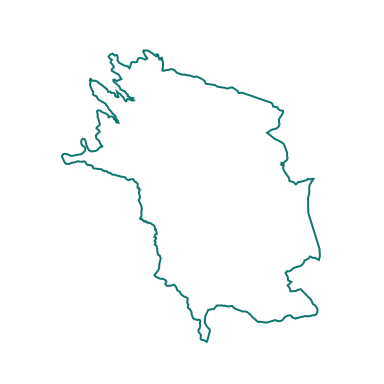 Kwahu East, Eastern, Ghana, rotated 260°
{"feature_id": "2480657B54162505201867", "entity_name": "Kwahu East", "entity_type": "district", "adm_level": 2, "iso_a3": "GHA", "parent_name": "Ghana", "parent_adm1": "Eastern", "projection": "mercator", "projection_center": [-0.802, 6.73], "detail": "fine", "context": "isolated", "style": "outline", "palette": "teal", "viewbox_px": 384, "rotation_deg": 260, "n_neighbors": 0, "source": "geoboundaries", "source_scale": "gbopen_adm2", "svg_char_len": 6030}
<svg xmlns="http://www.w3.org/2000/svg" viewBox="0 0 384 384"><g transform="rotate(260 192 192)"><path d="M106.7,306.8L113.7,307.7L151.3,302.9L166.0,305.2L170.2,307.2L176.8,308.4L178.6,309.2L183.8,313.9L184.2,312.4L183.8,310.4L184.9,308.3L183.9,307.2L183.7,306.2L183.2,300.9L183.3,298.4L181.8,296.3L181.5,295.4L184.1,293.8L185.9,289.9L188.8,290.0L196.8,286.4L200.0,285.8L202.5,287.0L202.9,286.6L202.9,285.2L203.5,284.6L205.3,285.3L204.9,286.2L204.0,286.3L204.1,286.8L205.6,288.3L207.1,291.0L208.3,291.9L212.6,292.0L213.6,292.6L223.4,290.7L225.9,288.3L229.8,282.9L237.3,276.2L238.6,279.6L239.4,280.6L239.8,286.1L241.4,288.7L243.5,290.0L246.1,289.9L248.5,290.3L254.1,295.3L256.0,295.7L257.3,292.8L258.6,291.4L260.6,290.9L262.0,286.8L264.8,286.5L266.2,285.4L281.1,258.6L281.4,255.1L283.6,254.4L288.0,249.9L288.1,247.4L287.7,244.7L288.8,242.7L291.4,235.1L293.3,233.3L296.1,224.7L296.9,224.2L298.7,223.9L301.0,222.1L304.6,217.2L305.0,216.5L304.9,213.9L307.6,209.2L307.5,208.0L308.4,207.0L308.5,205.6L309.1,204.8L309.1,203.2L310.3,200.7L312.2,197.7L314.8,196.0L316.2,194.1L316.7,192.5L316.4,190.5L316.4,184.4L317.1,184.0L321.5,185.4L323.7,185.7L326.0,185.8L327.1,185.4L328.1,185.8L329.5,185.5L329.2,184.6L328.1,183.8L328.3,182.8L329.7,182.9L330.8,182.3L331.9,182.6L333.2,182.4L333.4,182.0L332.7,182.0L333.3,180.9L332.1,180.6L331.9,180.1L335.1,177.4L338.9,173.2L339.8,169.1L339.0,168.3L334.3,169.6L331.7,171.1L331.1,170.9L330.6,168.9L333.0,164.9L333.0,162.8L332.1,161.7L329.6,160.4L329.6,159.0L330.3,156.0L329.8,154.6L329.1,154.1L325.7,152.8L324.7,151.9L326.8,150.6L328.4,147.1L332.0,142.6L334.3,141.6L337.9,142.2L339.3,142.1L339.9,141.7L340.2,141.1L339.7,139.6L342.1,137.8L341.4,135.1L339.7,133.3L337.5,134.4L336.2,136.0L333.9,134.3L329.6,136.6L328.5,136.7L326.5,134.1L325.4,134.0L320.6,139.8L319.3,140.7L316.6,141.5L315.6,142.2L315.2,141.7L315.4,140.7L314.2,137.2L316.1,135.4L316.0,134.0L315.2,133.8L313.6,134.6L308.5,138.8L305.4,139.6L303.9,141.4L303.0,143.2L300.1,144.5L298.9,145.7L297.5,145.4L295.1,148.4L294.7,150.4L293.6,149.7L292.4,150.6L292.4,148.7L293.1,148.2L294.2,146.3L294.7,144.4L294.1,143.6L292.9,143.3L292.8,142.6L295.7,141.1L297.2,140.9L298.8,139.5L301.4,138.0L301.7,137.1L303.6,135.6L301.7,135.9L299.9,135.5L298.5,136.1L298.2,135.6L298.7,134.9L298.9,133.8L300.1,133.0L301.9,133.2L303.0,132.4L303.5,131.2L303.4,129.8L305.0,129.0L305.2,126.8L307.6,126.4L312.9,121.9L315.4,119.2L317.3,117.9L318.4,115.8L318.8,113.7L319.6,112.7L321.0,111.9L321.0,111.5L319.5,110.7L318.3,111.4L316.2,110.4L313.9,110.3L309.5,111.3L307.8,112.2L305.3,111.4L304.5,112.0L302.7,114.7L300.3,115.3L299.0,116.1L294.0,122.2L292.5,122.5L291.4,123.5L287.9,124.6L285.4,126.3L283.2,127.3L281.2,129.1L280.1,129.3L279.6,130.0L278.2,129.7L274.7,131.4L273.0,131.6L273.8,129.5L275.3,129.5L277.5,127.9L278.7,127.8L279.6,127.2L280.4,125.9L280.6,124.2L280.0,123.2L280.0,122.7L282.0,122.7L283.7,121.5L286.4,117.3L288.0,115.8L288.6,114.2L288.6,113.0L287.8,112.4L284.5,112.6L282.4,112.0L280.9,112.4L274.7,113.0L273.8,112.4L272.3,109.8L271.4,109.0L269.4,110.3L268.7,111.3L267.3,111.6L264.8,107.5L264.4,107.2L262.2,107.0L261.7,107.0L258.3,109.5L255.8,109.9L253.4,111.0L253.1,111.6L252.3,111.5L252.1,109.2L249.7,106.0L249.2,103.9L249.3,100.3L250.0,99.1L251.0,97.8L253.6,96.9L256.3,96.2L261.0,96.0L262.7,95.4L263.4,93.9L262.4,92.3L261.1,91.6L258.4,91.5L256.6,92.2L255.1,94.0L253.6,94.5L252.6,94.5L251.1,93.7L249.1,91.0L248.5,89.3L248.4,80.1L248.7,78.9L250.9,75.7L251.8,72.9L251.4,71.4L249.9,70.1L249.4,70.1L243.0,71.8L241.5,73.2L240.9,75.6L241.7,78.7L241.5,81.2L242.1,85.0L241.0,87.8L240.8,91.5L239.9,92.2L238.3,92.6L236.6,94.0L236.2,96.6L234.6,98.8L233.1,98.6L232.3,99.3L230.0,107.0L228.4,108.1L228.3,109.2L227.4,110.1L227.2,111.8L225.7,112.6L225.1,114.6L222.9,116.6L222.5,118.8L220.6,122.1L220.6,123.0L219.7,124.1L218.1,128.7L216.0,129.6L214.6,131.7L215.1,132.7L215.0,136.1L212.0,137.6L211.3,138.7L209.9,139.6L209.1,139.9L205.7,139.1L205.1,139.6L205.0,140.3L204.5,140.1L203.7,140.8L203.7,140.5L202.0,140.4L200.6,139.6L195.6,140.0L193.7,138.3L192.0,138.4L187.2,139.7L183.3,139.6L182.1,138.8L177.2,138.1L175.4,136.5L174.9,136.8L174.3,136.5L173.7,137.7L174.1,137.9L173.8,138.5L172.5,138.7L171.3,139.7L171.7,140.6L170.6,141.0L170.9,142.0L169.8,143.0L169.2,143.0L169.4,143.6L168.8,145.3L165.8,148.5L165.0,149.0L162.6,149.4L161.5,149.0L161.2,149.9L157.7,150.1L156.8,150.0L156.4,148.5L154.2,147.2L153.6,148.2L152.5,148.7L150.8,146.9L149.9,146.7L149.6,147.3L148.7,147.5L146.8,146.1L145.8,147.3L144.9,147.7L141.9,148.0L140.1,147.5L136.2,147.6L135.0,149.2L131.7,149.6L127.3,147.5L122.5,146.3L120.1,144.6L117.0,140.7L115.6,141.0L112.9,144.2L111.8,146.6L111.4,148.6L109.5,150.8L108.2,151.3L106.1,149.7L103.7,151.1L103.5,155.5L103.9,158.1L103.4,158.7L100.9,159.9L97.6,160.5L95.8,162.8L93.4,163.3L90.8,165.6L88.4,169.1L87.2,169.2L84.2,168.1L81.6,168.7L78.8,167.8L77.1,169.5L74.1,170.6L71.4,170.4L67.5,171.1L65.8,173.3L64.9,175.7L65.1,176.6L64.5,177.5L63.7,177.9L61.9,177.1L59.0,176.9L56.3,175.9L55.7,174.7L53.2,174.1L49.8,176.0L46.4,175.0L45.3,175.4L44.6,176.1L44.1,177.9L41.9,180.4L43.2,181.4L52.1,185.5L53.7,185.5L57.0,183.3L60.5,182.0L62.1,182.0L67.5,183.6L73.0,187.5L73.2,190.2L72.9,193.2L75.9,196.6L75.1,201.9L74.4,203.4L74.4,204.6L73.0,207.6L72.8,211.8L70.8,213.0L69.5,214.4L65.4,221.3L65.2,223.6L63.9,225.8L61.0,228.3L58.1,229.8L55.9,231.9L53.7,233.4L52.4,234.9L52.6,235.7L50.4,242.9L51.4,251.5L49.8,254.5L49.6,257.6L50.9,260.0L52.6,261.3L53.6,264.7L53.6,266.9L52.7,268.3L50.9,269.1L49.3,272.1L49.8,272.8L49.4,274.3L50.1,277.3L49.9,280.1L50.3,281.2L49.2,286.1L49.7,288.9L49.4,290.9L49.9,293.0L51.6,294.3L54.2,295.3L56.0,294.9L58.9,293.6L60.8,291.6L65.1,290.6L77.4,282.2L77.3,279.4L76.5,277.2L77.1,271.7L80.0,271.6L83.5,269.9L84.2,271.4L86.2,274.2L88.2,271.4L92.0,271.5L96.1,270.1L97.5,272.0L97.0,273.2L97.4,275.3L99.6,279.0L100.4,286.4L101.9,288.8L104.6,290.9L105.0,290.9L105.9,294.5L106.9,296.3L107.9,296.8L107.4,298.3L106.6,298.9L106.0,300.1L105.9,301.7L104.1,303.7L103.8,304.9L103.3,304.8L103.1,305.2L106.7,306.8Z" fill="none" stroke="#0f766e" stroke-width="2"/></g></svg>